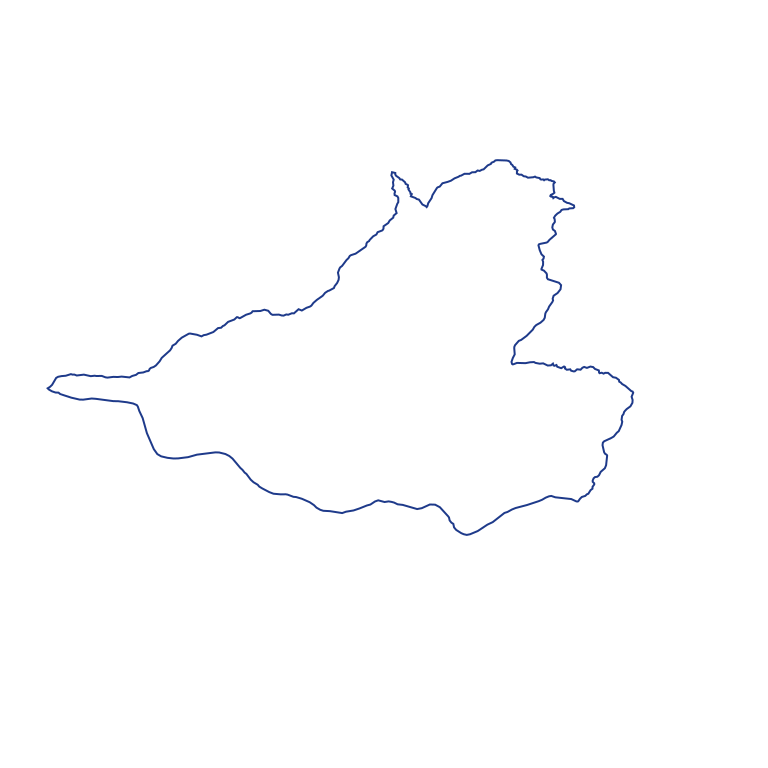 the district of Briceño, Antioquia, Colombia, rotated 230°
{"feature_id": "7082276B58597491510364", "entity_name": "Briceño", "entity_type": "district", "adm_level": 2, "iso_a3": "COL", "parent_name": "Colombia", "parent_adm1": "Antioquia", "projection": "natural_earth1", "projection_center": [-75.542, 7.121], "detail": "fine", "context": "isolated", "style": "outline", "palette": "blue", "viewbox_px": 768, "rotation_deg": 230, "n_neighbors": 0, "source": "geoboundaries", "source_scale": "gbopen_adm2", "svg_char_len": 6154}
<svg xmlns="http://www.w3.org/2000/svg" viewBox="0 0 768 768"><g transform="rotate(230 384 384)"><path d="M588.6,126.9L586.6,129.1L584.4,129.5L574.5,135.7L567.6,140.9L565.3,143.6L560.8,150.7L557.9,153.7L544.8,165.7L541.7,169.3L535.2,175.4L530.3,179.3L526.7,181.1L524.9,180.9L520.6,179.2L513.0,177.2L498.8,170.8L482.1,165.8L476.0,165.3L471.8,166.8L466.6,170.7L462.3,174.8L459.4,178.4L453.9,186.9L450.1,195.3L440.0,210.9L437.5,213.7L432.3,217.5L428.3,219.2L424.2,220.0L412.1,220.0L409.2,220.4L405.7,220.3L403.6,220.8L396.4,220.4L392.6,220.9L388.0,222.5L385.6,222.5L382.3,223.6L375.0,226.6L371.0,228.8L365.7,234.1L362.8,237.7L361.3,239.0L355.8,242.1L353.9,244.0L348.9,247.3L341.2,251.1L336.2,252.5L332.7,252.8L328.6,254.3L325.9,256.0L321.3,260.9L312.0,269.0L310.6,272.8L306.7,279.4L304.4,285.3L301.9,292.9L300.4,296.1L299.8,301.6L298.6,304.8L293.2,308.6L291.1,312.1L288.7,314.1L286.7,315.5L283.1,317.1L279.4,320.6L266.9,329.0L264.6,333.1L262.2,341.7L258.7,345.6L253.7,347.6L241.4,348.1L240.0,348.0L237.3,346.6L234.5,346.5L232.3,347.2L229.1,345.5L225.8,345.5L220.1,347.3L217.7,348.5L215.2,350.4L213.6,353.3L211.1,361.3L209.8,372.8L208.3,378.5L207.8,393.4L206.6,396.3L205.6,401.4L204.4,405.1L199.4,415.7L194.8,427.2L193.7,430.7L193.0,434.8L191.9,438.2L190.7,440.2L187.1,442.4L175.5,453.5L170.4,455.9L169.6,456.7L169.3,457.4L170.1,460.4L170.3,462.9L168.9,466.3L169.1,468.5L168.6,470.0L169.9,474.0L169.8,476.4L171.2,477.7L171.9,480.5L172.8,481.2L174.9,481.0L175.9,481.8L177.0,483.9L177.1,485.7L175.8,487.9L175.9,490.1L177.4,493.5L177.5,499.0L179.0,501.9L185.7,508.9L186.6,509.1L188.6,508.5L190.3,508.8L196.7,512.1L198.4,514.0L198.6,515.9L196.6,523.2L196.1,526.2L197.0,531.0L197.0,533.5L199.9,539.6L202.0,542.3L203.9,543.0L206.5,545.9L207.0,548.1L208.2,549.9L208.5,551.2L208.8,553.7L208.5,558.4L209.9,562.2L212.0,564.2L215.1,565.5L217.1,569.3L218.4,569.6L219.5,568.9L227.3,567.7L230.9,566.4L233.0,566.3L234.6,565.7L236.1,566.6L239.7,565.7L242.0,563.8L248.5,562.8L250.4,560.6L250.8,558.9L252.7,558.0L253.7,556.1L254.5,556.1L256.3,557.3L259.9,555.3L262.5,555.1L264.7,553.3L265.9,549.8L268.4,548.3L268.9,546.5L268.6,543.8L271.1,541.4L271.1,538.3L271.7,537.4L273.9,535.9L275.5,536.1L277.4,533.2L279.5,532.6L280.4,533.5L281.3,533.4L281.7,533.1L282.2,529.9L285.9,527.8L287.7,528.3L288.3,526.4L289.2,525.8L291.0,526.5L291.0,523.9L292.9,521.3L297.5,519.2L299.5,516.3L302.8,513.6L304.4,513.0L306.8,509.8L309.0,505.8L314.7,499.4L315.8,496.2L316.2,495.3L317.1,495.0L319.0,495.9L321.1,499.4L322.7,503.2L327.6,506.7L328.6,507.6L329.5,509.3L330.4,515.0L329.6,517.4L329.2,524.2L330.0,532.9L331.1,535.9L331.3,538.5L330.4,543.3L330.5,547.4L331.4,549.7L334.2,552.8L334.9,554.1L335.8,557.6L337.2,560.3L338.6,565.7L339.4,567.3L340.9,568.0L342.6,570.7L342.1,575.4L343.1,580.1L345.9,583.2L349.1,583.1L358.9,576.9L360.7,577.1L362.9,579.0L364.2,579.6L368.0,579.4L370.4,578.2L370.9,578.5L372.9,582.3L375.4,584.5L377.2,585.1L377.5,586.8L378.8,588.4L382.1,588.0L386.4,589.3L391.0,591.5L391.4,592.5L390.9,593.8L387.8,599.5L387.6,600.7L388.1,603.6L388.2,611.8L388.4,612.2L391.3,613.3L393.8,612.7L395.8,613.6L397.6,615.9L398.2,618.8L398.6,619.3L400.6,620.7L402.1,621.0L402.9,623.4L403.1,626.4L402.6,629.7L403.2,631.9L402.4,633.7L399.5,637.5L399.4,638.8L397.1,641.9L397.1,643.3L398.6,644.3L403.4,642.1L405.1,640.7L408.5,639.4L411.0,639.8L412.9,637.6L416.9,635.9L417.6,634.3L417.6,633.2L418.7,633.6L419.3,633.0L420.3,633.2L420.5,632.3L421.1,632.2L421.6,633.3L421.0,635.8L421.0,637.5L422.8,638.3L427.7,641.8L428.5,642.8L428.6,644.4L429.9,644.4L432.0,642.8L433.0,642.7L433.9,641.5L435.5,641.1L437.2,638.6L437.2,637.6L438.3,637.5L439.7,635.7L440.3,635.4L441.7,635.6L444.4,633.4L445.8,633.0L446.4,631.3L449.5,626.9L451.8,626.0L453.3,624.6L456.0,623.9L457.5,622.1L459.8,621.1L461.5,622.6L461.7,623.5L462.9,623.5L464.8,622.4L465.5,623.7L467.3,622.8L469.3,623.1L470.8,622.7L472.4,623.3L474.7,622.9L476.5,621.5L482.7,614.6L483.7,613.0L483.6,611.2L484.4,608.6L483.9,607.3L484.8,604.0L484.4,598.3L485.2,596.7L485.7,594.3L487.4,592.9L487.5,590.2L489.6,587.5L490.1,584.5L493.3,580.8L494.1,576.9L494.8,575.7L494.8,574.5L496.2,570.2L496.7,566.0L497.9,562.7L500.2,557.8L499.4,553.6L500.2,551.4L500.1,550.4L497.5,542.5L495.8,539.9L494.1,534.1L492.4,531.6L492.1,530.4L493.4,530.3L496.8,528.8L502.8,529.3L504.8,527.9L506.2,527.7L510.5,525.2L511.6,527.3L512.7,526.6L513.7,527.4L517.3,527.8L517.8,528.7L519.4,528.5L520.5,529.9L521.2,530.2L523.4,529.2L524.9,529.8L529.0,529.2L530.3,527.9L531.9,528.1L535.7,527.1L537.2,527.3L538.4,528.3L541.1,526.3L539.0,523.7L534.3,522.8L532.8,520.6L529.9,518.7L528.5,515.9L525.2,516.5L524.1,516.0L523.3,514.6L521.9,513.6L519.1,514.9L517.3,514.5L514.1,511.8L513.5,510.0L510.7,505.2L506.8,503.5L506.8,499.7L505.5,498.0L505.6,493.5L504.6,490.7L505.1,485.1L503.3,483.4L502.8,482.0L502.8,481.2L504.4,476.7L503.4,474.2L504.1,470.7L503.6,465.8L503.1,464.4L503.4,462.3L502.9,460.9L501.5,459.4L501.0,458.1L502.1,446.0L503.9,441.6L504.1,440.1L503.2,437.5L503.1,435.1L501.4,427.8L501.5,425.4L501.1,424.2L498.9,420.3L494.8,418.1L493.0,416.2L491.5,413.0L490.7,409.1L489.7,407.3L490.8,402.0L491.3,400.9L491.7,397.5L491.0,393.8L491.6,386.6L491.5,382.0L490.7,378.7L490.9,377.0L492.2,373.6L493.1,368.3L496.2,366.6L496.0,360.4L497.4,358.9L498.6,355.2L500.1,353.8L500.9,351.1L502.2,349.7L504.7,348.1L508.7,343.0L510.4,342.4L514.5,342.4L517.8,340.1L519.4,336.2L524.2,330.1L523.8,328.5L524.0,327.0L525.7,322.9L527.0,316.1L527.3,315.6L529.3,314.8L529.8,314.2L529.6,310.8L531.8,304.5L531.5,299.5L532.0,297.8L531.8,295.4L533.5,292.8L533.5,286.7L535.9,279.7L537.3,277.3L537.8,274.8L541.9,272.4L547.3,267.9L548.0,266.8L549.5,258.9L549.4,253.9L548.7,250.3L549.3,246.6L548.1,244.5L547.3,241.8L546.9,230.6L545.6,226.7L544.8,221.2L545.1,218.5L546.2,215.7L546.2,214.2L545.4,212.6L545.6,211.4L546.4,210.4L547.6,207.0L550.3,202.9L550.4,199.9L552.0,196.3L552.6,193.3L558.3,187.8L560.5,184.5L563.4,181.3L566.7,176.2L568.2,174.9L571.6,173.0L575.0,168.8L576.3,167.7L578.5,164.4L584.1,160.1L588.0,154.1L590.2,152.9L591.4,151.4L592.8,150.5L594.9,145.5L597.3,142.1L599.0,139.0L599.4,136.8L596.7,129.2L596.5,126.2L596.9,123.6L595.3,123.7L591.9,124.9L588.6,126.9Z" fill="none" stroke="#1e3a8a" stroke-width="2"/></g></svg>